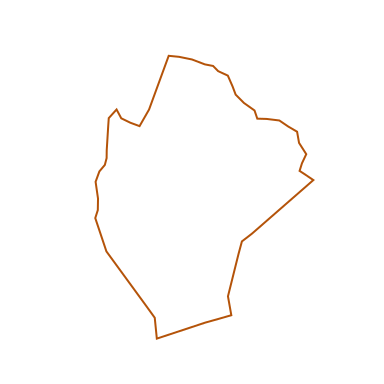 outline of Pedro Régis, Paraíba, Brazil, rotated 231°
{"feature_id": "56859067B44809734962782", "entity_name": "Pedro Régis", "entity_type": "district", "adm_level": 2, "iso_a3": "BRA", "parent_name": "Brazil", "parent_adm1": "Paraíba", "projection": "albers", "projection_center": [-35.282, -6.668], "detail": "fine", "context": "isolated", "style": "outline", "palette": "amber", "viewbox_px": 384, "rotation_deg": 231, "n_neighbors": 0, "source": "geoboundaries", "source_scale": "gbopen_adm2", "svg_char_len": 758}
<svg xmlns="http://www.w3.org/2000/svg" viewBox="0 0 384 384"><g transform="rotate(231 192 192)"><path d="M312.5,259.6L283.1,210.5L276.2,192.7L284.6,187.7L293.8,183.4L303.6,185.3L301.8,173.8L296.0,168.4L286.5,159.7L278.0,151.9L272.1,147.0L267.9,141.3L266.3,133.0L260.6,123.5L246.0,114.8L237.2,107.4L232.6,100.4L199.7,88.1L131.9,84.7L117.7,83.9L100.2,72.4L82.2,120.0L76.8,132.5L71.5,145.0L88.3,154.3L114.6,189.2L122.2,199.7L121.9,212.3L124.9,293.8L133.8,291.1L140.7,288.9L145.1,295.5L149.5,304.6L162.8,306.1L172.7,311.6L182.3,308.0L192.6,304.9L201.8,296.0L207.9,288.9L216.0,291.9L228.5,288.4L240.2,287.2L248.3,289.9L259.9,293.1L269.4,288.4L276.7,287.7L283.1,282.3L295.0,275.4L305.2,267.0L312.5,259.6Z" fill="none" stroke="#b45309" stroke-width="2"/></g></svg>